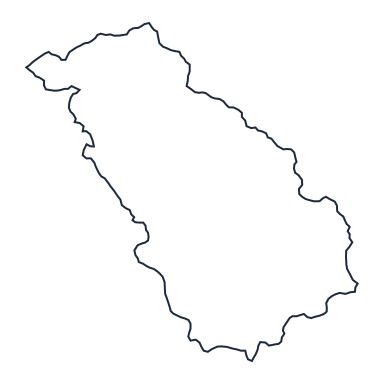 the district of Carmo do Cajuru, Minas Gerais, Brazil
{"feature_id": "56859067B72173445763678", "entity_name": "Carmo do Cajuru", "entity_type": "district", "adm_level": 2, "iso_a3": "BRA", "parent_name": "Brazil", "parent_adm1": "Minas Gerais", "projection": "orthographic", "projection_center": [-44.71, -20.195], "detail": "fine", "context": "isolated", "style": "outline", "palette": "slate", "viewbox_px": 384, "rotation_deg": 0, "n_neighbors": 0, "source": "geoboundaries", "source_scale": "gbopen_adm2", "svg_char_len": 3177}
<svg xmlns="http://www.w3.org/2000/svg" viewBox="0 0 384 384"><path d="M184.1,58.6L181.0,55.7L179.4,51.8L175.4,51.2L170.8,50.1L166.4,48.0L163.0,46.7L159.4,43.2L158.2,37.4L157.1,31.5L154.0,29.9L151.8,27.2L149.1,23.0L144.5,24.1L141.0,26.4L138.2,27.9L133.1,28.3L129.3,30.5L126.8,34.4L119.8,35.5L114.2,35.7L110.3,34.4L105.8,35.0L100.7,33.7L97.4,35.0L95.4,38.0L92.1,40.6L88.6,42.7L84.2,43.4L80.2,45.7L77.1,47.1L73.4,49.4L69.4,52.2L67.4,55.9L65.5,59.8L61.5,59.9L58.9,56.7L55.5,55.2L51.6,54.3L48.7,51.9L45.0,53.5L40.5,56.5L36.8,59.1L32.9,61.9L29.3,65.3L26.3,67.4L30.0,70.5L33.2,72.7L35.6,76.2L39.3,77.5L44.1,80.7L44.0,85.4L45.8,89.3L50.3,90.1L54.3,90.7L59.2,90.4L64.5,88.9L68.0,88.9L71.5,86.1L76.6,88.5L79.6,89.9L76.4,93.2L73.1,94.0L70.8,97.6L69.3,102.9L68.9,107.7L70.4,111.5L73.4,114.4L75.8,118.7L74.7,122.1L79.8,123.1L83.6,126.3L82.7,131.4L86.1,131.1L90.1,134.2L92.7,140.8L93.9,146.5L90.4,146.3L86.6,144.3L83.8,149.9L82.7,155.3L86.4,158.4L90.8,158.3L94.3,162.6L95.8,166.7L98.5,172.3L101.2,176.3L104.7,178.3L107.7,182.1L110.6,186.4L114.1,190.9L117.8,196.3L120.4,199.6L121.8,205.1L126.0,208.3L129.7,210.0L131.3,214.4L134.2,217.2L132.5,220.2L135.2,222.2L139.0,222.6L143.2,222.6L145.5,225.6L146.0,229.9L148.0,232.7L148.6,236.8L148.0,240.5L145.1,242.6L141.8,243.5L137.6,245.3L134.4,250.4L135.5,255.2L137.8,258.4L138.8,262.0L143.0,263.7L146.4,266.0L149.8,267.7L153.9,269.0L156.9,271.1L159.4,273.2L162.6,276.7L164.6,282.1L164.8,287.5L165.2,293.8L167.5,300.2L169.4,306.0L170.7,311.0L173.3,313.6L176.3,315.1L181.0,317.3L185.0,318.5L188.6,320.1L190.5,323.7L190.5,328.7L189.2,332.6L188.3,336.5L190.5,340.6L195.8,339.7L199.5,342.6L201.6,347.2L203.7,350.7L207.8,351.8L212.1,349.0L217.4,346.6L221.7,346.4L227.0,346.9L232.4,348.5L237.1,349.5L241.1,350.7L245.3,350.7L246.3,355.2L248.0,359.3L251.9,361.0L254.0,357.1L255.8,354.1L257.6,349.8L258.3,345.9L260.2,342.1L265.3,342.5L269.0,345.6L274.4,344.5L278.7,343.8L281.2,341.6L281.9,337.3L284.4,333.6L282.9,330.5L283.6,327.1L286.6,322.6L289.6,318.1L292.4,316.2L296.4,316.3L300.5,315.0L303.9,314.0L307.2,317.0L311.1,318.1L315.0,316.8L320.2,315.5L324.2,313.8L326.7,311.6L326.8,307.5L326.2,303.2L328.4,298.9L331.8,296.2L335.2,294.4L339.5,292.9L345.6,293.9L350.4,292.2L354.9,291.8L355.4,287.4L357.7,283.6L352.8,279.9L350.1,274.5L347.2,269.1L346.4,265.0L346.2,261.1L346.0,256.1L346.2,250.8L349.5,246.7L352.3,242.3L349.5,238.1L349.7,234.2L347.7,231.2L349.7,226.9L346.5,223.8L344.9,220.3L343.3,216.5L340.1,214.2L337.2,211.2L336.9,205.6L334.8,201.6L330.1,199.3L325.9,196.8L322.9,198.2L319.6,201.2L313.8,201.3L308.9,200.0L305.4,198.9L302.0,196.7L299.3,194.1L298.9,189.0L302.2,184.8L302.0,180.0L298.6,175.2L295.1,172.7L294.0,168.5L294.4,164.5L296.5,161.9L295.4,157.9L294.2,152.5L291.2,149.4L287.5,149.0L283.2,149.3L277.4,146.0L274.0,142.0L271.5,138.7L267.8,137.4L266.1,133.3L262.2,131.4L258.0,130.5L255.5,127.5L251.2,128.1L246.6,126.2L245.2,120.6L241.9,116.9L241.9,112.8L238.2,109.7L233.7,107.5L228.8,107.3L225.9,104.4L223.3,101.2L219.5,99.0L214.6,98.4L211.1,97.1L208.1,94.8L205.5,93.0L202.3,92.4L198.9,92.8L195.0,92.2L190.9,89.0L186.6,86.0L187.8,80.7L188.0,76.2L189.7,71.4L189.7,64.6L185.9,61.8L184.1,58.6Z" fill="none" stroke="#1e293b" stroke-width="2"/></svg>